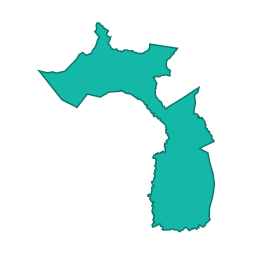 Coicoyán de las Flores, Guerrero, Mexico, rotated 356°
{"feature_id": "50627088B16935461060546", "entity_name": "Coicoyán de las Flores", "entity_type": "district", "adm_level": 2, "iso_a3": "MEX", "parent_name": "Mexico", "parent_adm1": "Guerrero", "projection": "albers", "projection_center": [-98.212, 17.216], "detail": "fine", "context": "isolated", "style": "filled", "palette": "teal", "viewbox_px": 256, "rotation_deg": 356, "n_neighbors": 0, "source": "geoboundaries", "source_scale": "gbopen_adm2", "svg_char_len": 5972}
<svg xmlns="http://www.w3.org/2000/svg" viewBox="0 0 256 256"><g transform="rotate(356 128 128)"><path d="M185.8,233.3L187.1,232.3L189.2,233.7L189.7,233.8L190.5,232.4L191.8,232.3L191.4,230.2L192.1,229.6L194.7,231.4L195.7,231.6L196.5,232.0L198.1,230.5L198.8,229.0L199.3,228.5L203.5,225.2L202.8,223.0L203.7,213.5L207.4,203.0L210.3,190.4L209.5,179.1L207.2,168.6L205.9,158.3L197.9,153.5L202.9,151.2L212.1,147.7L212.8,147.4L212.8,146.6L212.3,146.2L212.0,146.6L211.4,145.8L211.7,145.1L210.6,143.0L211.1,142.4L211.2,141.9L210.5,140.7L209.7,140.5L209.4,140.2L208.9,138.7L209.0,138.1L209.3,137.8L209.0,137.5L208.4,137.6L208.2,137.3L207.9,136.2L206.9,136.0L206.5,135.6L206.9,134.3L206.7,134.0L206.3,134.0L205.3,133.0L205.2,132.6L205.9,130.8L205.8,130.0L205.0,129.5L204.9,129.1L205.4,127.7L204.6,126.6L204.2,125.3L203.0,123.9L202.4,123.8L202.6,123.3L202.6,122.9L202.0,122.7L201.3,123.4L200.7,123.3L200.5,122.7L199.9,122.5L199.3,123.2L198.9,123.1L199.2,122.3L199.7,121.7L199.6,121.4L198.9,121.2L198.4,121.5L198.3,121.3L198.8,120.1L198.2,119.2L195.4,118.1L194.5,118.4L194.9,115.9L197.0,107.4L196.5,100.4L197.0,99.6L200.2,97.1L201.6,92.5L183.6,102.6L166.5,111.5L165.4,108.9L164.3,108.8L164.2,108.6L163.0,104.6L162.7,104.2L160.7,102.7L158.5,99.3L158.0,98.2L157.7,96.7L157.6,91.7L157.6,91.3L158.5,90.5L158.3,90.4L158.7,89.3L158.8,88.4L159.4,87.0L159.8,85.2L159.0,83.8L157.8,81.4L157.9,80.0L156.8,79.4L158.2,78.8L159.8,78.5L160.9,78.6L162.0,79.1L163.9,78.7L164.5,78.1L166.4,77.8L170.3,77.6L172.6,78.8L173.6,78.6L173.1,77.9L174.2,73.9L173.7,73.0L172.1,72.1L170.9,70.5L170.5,67.6L171.3,63.5L172.6,62.1L173.9,61.6L175.1,60.8L175.9,59.7L176.5,58.7L179.1,56.8L179.2,56.0L179.8,55.1L181.7,53.6L182.9,52.0L155.5,45.8L155.4,48.7L154.2,50.8L153.3,51.9L151.7,52.8L150.4,53.1L147.5,55.1L147.0,54.6L145.9,54.3L145.0,54.4L144.3,54.8L143.3,54.4L142.8,53.9L140.7,53.1L139.2,52.8L138.5,52.3L138.0,51.1L136.8,51.1L135.3,51.4L134.1,51.0L133.1,50.4L131.2,50.0L129.9,50.0L128.6,50.7L127.9,51.4L126.4,51.4L126.1,50.7L124.7,50.8L123.6,50.3L122.7,50.1L122.7,48.8L121.2,48.4L120.0,48.8L118.8,48.8L116.8,46.8L116.1,45.7L115.9,45.0L115.1,43.5L114.2,42.6L114.3,41.7L115.5,39.8L116.6,37.5L117.0,36.1L116.3,36.6L114.2,34.8L113.1,34.4L112.9,33.6L113.3,32.5L114.8,30.4L115.2,29.5L114.2,28.8L112.9,28.2L111.1,26.5L110.0,25.7L109.9,24.6L109.3,24.1L107.7,23.4L107.3,22.0L106.2,21.2L104.6,21.0L103.3,23.6L103.6,25.1L103.7,27.0L102.9,28.5L101.6,29.4L104.1,33.0L104.8,34.3L105.8,35.3L105.4,36.2L104.5,36.7L103.2,39.7L102.8,41.2L101.3,44.2L100.1,46.3L99.3,46.6L98.5,47.9L97.7,48.6L97.0,50.8L91.3,52.5L88.1,49.5L84.5,51.3L82.8,53.9L81.6,55.6L69.0,67.0L60.0,68.3L57.1,66.8L51.2,67.3L46.1,65.7L43.2,64.7L64.2,95.3L78.3,103.6L78.2,104.0L78.4,104.0L89.8,91.3L102.5,95.2L111.6,90.8L122.7,90.8L123.4,89.8L124.4,90.6L124.8,90.4L125.5,90.7L125.8,91.7L126.6,91.7L127.6,92.4L127.9,92.9L129.4,93.5L131.0,93.7L131.5,93.5L132.3,94.1L133.2,94.3L138.9,99.0L139.3,98.7L139.4,99.2L140.2,100.3L142.0,100.1L145.7,103.5L146.0,104.7L147.1,106.2L147.6,106.4L148.1,106.0L148.7,106.0L148.9,106.6L148.9,106.9L148.0,108.2L148.7,109.6L149.6,110.6L150.5,110.5L150.9,111.6L151.3,112.2L152.5,114.8L152.9,114.8L153.1,115.0L153.4,115.3L154.0,115.1L154.5,114.6L154.8,114.8L154.9,115.4L154.7,116.0L154.2,116.7L154.1,117.3L154.7,118.3L155.7,118.0L156.1,118.1L156.3,118.4L156.8,118.5L157.2,118.8L158.5,119.1L158.6,119.4L158.4,120.5L158.7,120.9L159.1,120.9L159.8,121.1L160.3,121.0L161.1,121.2L161.1,121.9L160.7,122.7L162.7,124.4L163.3,125.5L164.7,126.3L165.1,127.0L165.6,127.5L166.0,128.7L166.0,129.4L165.8,130.0L166.0,130.6L166.4,131.0L166.4,131.6L166.3,132.1L165.9,132.4L165.6,132.4L165.4,133.7L165.7,134.4L165.9,135.2L165.6,136.0L166.1,136.2L167.2,136.3L167.4,137.2L167.4,137.5L166.9,138.2L167.0,138.4L167.7,138.6L167.8,138.9L167.9,139.6L168.4,140.9L168.1,141.0L167.2,142.1L166.9,142.8L166.0,142.8L165.0,144.0L165.4,144.5L165.7,145.0L165.7,145.4L165.4,145.9L164.9,146.2L164.2,146.2L163.5,145.9L163.5,146.6L163.8,146.9L163.4,147.1L163.0,149.2L163.1,149.5L164.1,150.1L164.2,150.5L163.6,151.2L163.4,151.7L163.7,152.3L163.8,153.4L163.9,154.3L163.6,154.6L162.5,154.5L162.3,154.3L160.7,153.7L160.5,153.8L160.2,154.6L160.1,154.8L159.2,154.7L158.9,154.8L158.7,155.5L156.8,155.3L156.1,156.0L156.1,155.2L155.7,155.0L154.9,155.8L154.2,155.6L153.9,155.7L153.4,156.8L152.0,156.8L151.7,157.3L151.4,158.5L150.7,159.1L151.3,160.0L152.3,160.0L153.8,160.7L153.8,161.5L154.1,161.6L153.3,163.4L153.4,163.8L153.6,165.4L152.8,165.9L152.8,167.0L152.3,167.3L152.0,168.1L153.0,168.7L153.3,169.2L153.0,170.3L152.4,171.5L151.6,172.2L152.1,174.0L150.9,175.0L150.8,175.5L151.1,176.3L151.7,177.4L151.7,178.0L151.3,178.7L150.9,179.0L150.7,179.8L150.4,180.1L150.3,180.9L150.0,181.7L149.2,183.0L148.3,183.1L147.7,183.4L148.2,184.5L148.1,185.1L148.5,186.3L149.8,187.6L148.4,188.7L147.9,188.6L147.5,189.2L147.4,192.7L146.9,193.5L146.5,196.0L145.4,195.7L144.2,195.6L143.2,196.2L143.1,197.4L143.6,197.7L144.5,197.4L145.5,198.3L144.7,200.4L145.5,201.1L145.6,202.2L147.1,203.1L146.8,203.7L147.2,204.3L148.2,203.7L148.5,203.9L147.0,205.7L146.4,207.7L147.5,208.2L148.0,209.0L147.0,209.8L147.3,210.5L146.4,211.3L146.2,212.9L146.5,213.1L146.9,213.7L146.4,214.5L147.1,215.6L147.9,215.8L148.2,216.7L147.4,217.2L147.8,219.3L147.3,219.5L147.1,220.7L146.6,221.0L146.8,222.6L147.3,222.8L147.9,223.4L147.9,223.8L147.1,224.2L146.5,225.2L145.7,225.4L145.3,227.1L145.7,228.5L148.3,227.9L151.5,226.4L152.7,225.9L153.1,225.9L153.4,226.0L153.4,226.3L153.4,227.6L153.7,228.3L154.7,228.7L155.5,228.6L156.0,229.0L156.0,229.7L155.0,231.1L155.1,231.4L155.9,232.2L156.6,232.3L157.9,232.2L159.6,232.4L163.1,232.4L164.0,232.2L164.6,231.7L165.2,231.6L166.4,232.0L166.6,232.2L166.8,232.7L167.2,232.9L168.2,233.0L169.1,232.9L170.1,233.2L170.9,233.8L171.6,234.7L171.9,234.9L172.5,235.0L172.9,234.9L173.5,234.3L174.5,233.6L175.6,233.5L177.2,231.9L178.4,231.3L179.1,231.3L179.8,231.7L180.2,232.1L181.0,233.6L181.6,234.3L182.0,234.6L182.6,234.5L185.3,232.7L185.8,233.3Z" fill="#14b8a6" stroke="#0f766e" stroke-width="1.5"/></g></svg>